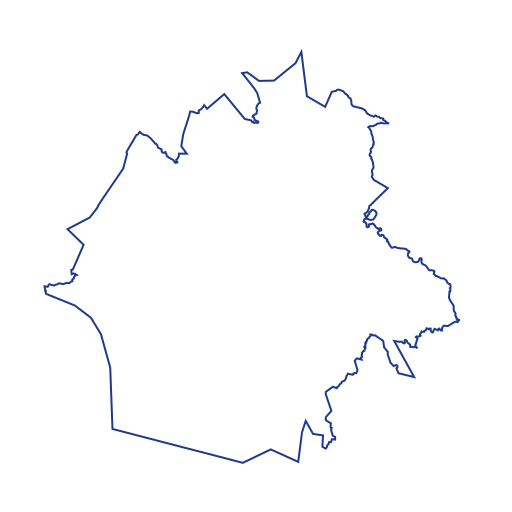 Nonoava, Chihuahua, Mexico, rotated 5°
{"feature_id": "50627088B56778654963511", "entity_name": "Nonoava", "entity_type": "district", "adm_level": 2, "iso_a3": "MEX", "parent_name": "Mexico", "parent_adm1": "Chihuahua", "projection": "mercator", "projection_center": [-106.555, 27.45], "detail": "fine", "context": "isolated", "style": "outline", "palette": "blue", "viewbox_px": 512, "rotation_deg": 5, "n_neighbors": 0, "source": "geoboundaries", "source_scale": "gbopen_adm2", "svg_char_len": 6087}
<svg xmlns="http://www.w3.org/2000/svg" viewBox="0 0 512 512"><g transform="rotate(5 256 256)"><path d="M287.5,447.4L316.0,457.4L317.2,427.6L319.9,415.9L328.3,428.2L338.4,428.9L338.8,440.2L342.2,441.8L343.1,440.5L343.6,438.1L344.7,437.1L344.9,435.1L347.0,434.8L347.6,431.9L350.8,432.0L350.6,429.3L348.1,428.3L346.0,422.9L346.4,420.7L345.5,420.5L345.1,419.0L345.2,416.2L340.4,413.8L339.5,412.3L339.8,410.2L344.6,403.7L337.4,387.3L337.4,385.2L344.1,379.5L347.9,380.7L348.3,379.4L349.6,378.7L350.6,376.5L352.0,375.4L352.3,374.1L353.2,373.3L354.5,372.9L355.5,371.7L356.2,370.3L356.6,367.8L357.9,365.2L362.6,365.9L363.0,365.7L363.3,364.6L363.9,364.6L364.2,364.1L366.1,363.9L366.9,361.8L367.0,360.7L363.5,351.8L365.3,349.2L370.2,350.0L369.3,348.2L370.5,347.2L369.8,345.6L370.3,344.5L369.9,343.3L371.4,341.2L372.3,341.0L372.4,339.3L373.2,337.9L372.9,337.5L372.0,337.5L371.8,337.1L372.2,336.0L372.9,335.6L372.5,333.4L373.3,332.9L372.8,332.1L374.0,330.7L373.9,329.7L374.4,328.7L375.7,327.9L376.1,326.7L377.2,325.5L376.8,324.3L378.2,324.1L379.6,324.9L380.7,324.9L381.5,324.6L390.1,329.5L391.6,335.8L395.7,340.1L395.7,342.4L399.3,350.6L402.8,353.7L405.2,352.3L406.3,352.9L406.7,354.3L405.7,355.6L408.2,360.4L424.1,362.8L401.1,328.6L406.2,329.0L408.7,328.6L410.3,330.0L411.5,330.1L411.9,329.6L411.4,327.5L411.6,326.7L412.2,326.5L413.7,327.4L413.9,328.2L414.7,329.2L417.2,330.8L417.2,331.8L417.7,333.2L418.7,332.9L420.8,333.2L422.3,332.5L424.1,333.4L424.2,333.1L423.2,332.6L422.6,330.6L424.1,324.2L422.3,322.8L422.8,322.2L425.2,322.0L426.9,321.1L426.1,319.8L426.5,318.9L427.4,317.9L427.5,316.7L429.9,317.0L430.4,315.9L431.9,314.9L432.1,313.3L432.3,313.1L434.7,313.8L435.5,313.1L436.3,313.1L436.4,314.6L437.2,316.1L438.4,316.8L439.0,316.5L439.5,314.2L440.3,313.0L443.6,314.2L443.9,313.1L444.7,312.3L446.2,313.8L447.6,314.2L447.8,313.8L447.2,312.9L447.9,312.0L447.8,310.9L449.1,309.1L453.4,309.0L459.1,304.7L461.7,303.6L462.3,304.4L462.7,304.3L463.1,303.2L464.0,302.1L463.8,301.8L462.8,301.8L461.3,301.1L461.3,300.1L460.6,299.6L460.3,298.4L459.7,297.9L459.8,295.8L457.9,293.4L457.1,288.1L453.1,283.1L451.9,280.7L451.8,277.3L452.0,276.0L451.7,274.6L452.0,274.2L452.5,274.5L452.7,274.3L452.4,271.6L452.0,271.2L452.5,270.9L452.5,268.9L451.6,267.1L450.7,267.0L449.0,265.9L447.6,263.5L444.9,261.9L443.7,262.2L442.1,262.0L437.7,260.2L436.8,260.3L435.8,259.1L434.6,258.4L435.1,256.1L434.7,255.3L432.1,254.8L429.9,255.2L425.7,250.6L424.0,250.1L421.9,249.0L421.3,247.2L421.1,245.8L421.4,245.3L421.0,244.0L420.1,243.8L419.2,244.3L418.9,245.8L418.0,247.6L417.5,247.9L415.1,248.4L413.0,247.7L411.5,244.9L409.0,244.5L407.7,243.1L407.1,241.7L407.3,240.0L408.3,239.0L408.5,238.3L407.9,237.7L406.4,237.3L405.5,236.3L404.2,235.8L402.4,235.9L401.6,235.6L400.3,235.9L396.3,235.6L393.9,234.9L392.5,235.2L391.8,235.7L390.3,235.8L389.1,234.6L388.5,233.4L387.8,233.1L386.4,230.3L385.3,230.0L385.1,229.2L385.4,228.8L385.3,228.2L383.1,226.7L382.3,226.6L381.1,224.2L379.6,223.9L379.1,224.3L379.0,225.0L377.8,225.1L376.8,224.3L376.3,223.5L375.4,223.0L375.2,222.1L376.1,220.7L376.9,220.0L378.2,219.8L378.5,219.4L378.5,218.4L377.9,217.6L376.4,217.7L376.1,218.3L375.4,218.4L372.7,216.7L371.7,215.1L370.8,214.7L370.4,213.8L369.4,213.4L367.5,214.4L366.3,214.3L365.6,215.1L366.0,216.3L365.7,217.2L364.7,217.7L363.6,217.2L363.1,214.0L361.7,212.8L360.6,212.8L360.2,212.3L360.4,210.8L360.9,209.8L361.3,209.6L363.7,209.1L366.2,210.1L368.1,209.9L369.7,209.3L371.2,206.9L372.4,203.9L372.1,202.1L370.6,200.6L367.9,199.7L367.2,200.0L366.6,201.6L365.9,201.9L365.1,202.9L365.2,204.3L364.1,205.2L363.8,206.4L362.9,207.4L361.9,207.4L361.1,205.5L360.5,205.0L360.4,204.4L362.7,202.8L363.3,201.8L364.3,199.0L364.6,196.2L366.3,194.8L366.7,194.0L381.4,176.9L366.5,169.8L366.0,168.8L364.6,167.3L364.4,166.5L365.1,165.2L364.0,160.9L364.6,159.2L365.3,158.2L365.3,157.1L364.1,152.0L362.9,149.6L362.3,149.1L362.4,147.8L361.8,147.0L360.7,146.4L360.3,145.3L360.6,144.1L361.5,142.6L361.5,142.0L361.0,141.2L361.0,139.3L362.5,137.7L362.8,135.5L363.5,134.6L363.2,133.7L363.6,133.0L362.3,129.5L361.8,127.0L360.6,124.6L359.7,121.4L357.5,118.4L356.7,117.9L357.9,116.8L361.6,116.4L362.2,115.7L363.9,115.1L364.7,114.0L365.7,113.4L367.3,113.3L368.8,112.3L372.1,112.9L373.6,112.4L377.0,112.4L374.8,111.7L373.4,110.7L372.9,110.0L370.9,109.5L370.6,108.7L370.7,108.0L367.7,107.7L366.5,106.7L364.3,106.5L362.8,105.6L361.1,107.0L359.0,106.2L357.7,106.0L354.4,104.4L352.2,101.5L349.0,99.8L339.6,98.3L338.0,96.7L337.3,92.7L336.4,90.9L334.3,89.7L333.6,88.4L332.0,87.0L330.9,86.7L328.6,84.3L324.3,83.1L323.5,83.0L321.7,83.9L321.3,84.6L317.2,85.8L311.9,101.4L292.8,92.4L283.4,48.8L278.6,60.4L258.7,79.7L243.7,81.3L231.2,73.8L226.3,75.0L239.3,88.8L243.0,93.5L246.7,103.0L245.2,103.9L244.4,105.1L243.4,108.2L243.8,110.2L244.5,111.0L244.0,114.2L240.7,116.4L240.5,117.6L241.7,118.0L242.3,118.9L242.7,120.6L246.5,121.9L246.6,122.8L246.1,123.3L244.2,123.1L242.7,123.6L241.7,122.6L240.7,123.1L239.4,121.3L232.9,120.5L210.3,97.5L194.4,113.6L191.2,110.3L190.9,111.2L188.4,114.8L186.3,115.9L186.5,118.6L184.5,118.9L180.2,117.7L177.8,117.8L177.3,121.5L172.9,140.9L172.0,153.1L178.1,160.1L170.3,160.8L170.4,163.3L169.2,166.1L168.2,166.9L168.4,168.3L169.3,169.0L169.5,169.6L167.9,170.2L167.3,170.1L165.2,167.5L160.6,165.6L159.7,164.7L158.7,164.6L158.3,164.1L157.7,161.9L157.3,161.6L156.7,160.3L155.2,161.3L154.0,161.1L152.9,160.1L152.7,158.0L149.1,156.7L147.8,154.1L146.8,153.0L145.9,152.9L140.8,147.9L136.8,145.3L133.8,145.2L130.7,143.7L129.9,142.6L129.3,142.5L127.7,145.2L126.3,145.9L118.1,163.2L118.0,164.5L118.7,165.3L116.1,180.5L98.5,211.8L94.8,218.8L93.4,222.3L87.0,232.2L65.9,245.7L83.3,259.9L74.7,285.4L73.2,286.0L74.0,290.2L75.6,289.4L77.3,289.5L79.1,290.6L77.3,291.5L76.6,292.6L76.4,294.4L75.5,294.8L75.0,295.7L75.3,297.1L73.8,297.8L72.4,299.3L69.7,299.3L66.5,300.8L62.4,300.4L61.5,300.7L60.3,301.7L59.3,301.9L57.0,303.1L52.7,302.1L51.9,302.8L51.6,304.4L51.1,304.8L48.0,304.6L48.5,306.9L49.2,308.4L49.0,309.0L49.8,309.3L49.6,310.4L50.1,312.0L79.8,321.1L96.8,331.8L108.3,347.3L120.5,379.9L128.1,440.8L260.9,463.2L287.5,447.4Z" fill="none" stroke="#1e3a8a" stroke-width="2"/></g></svg>